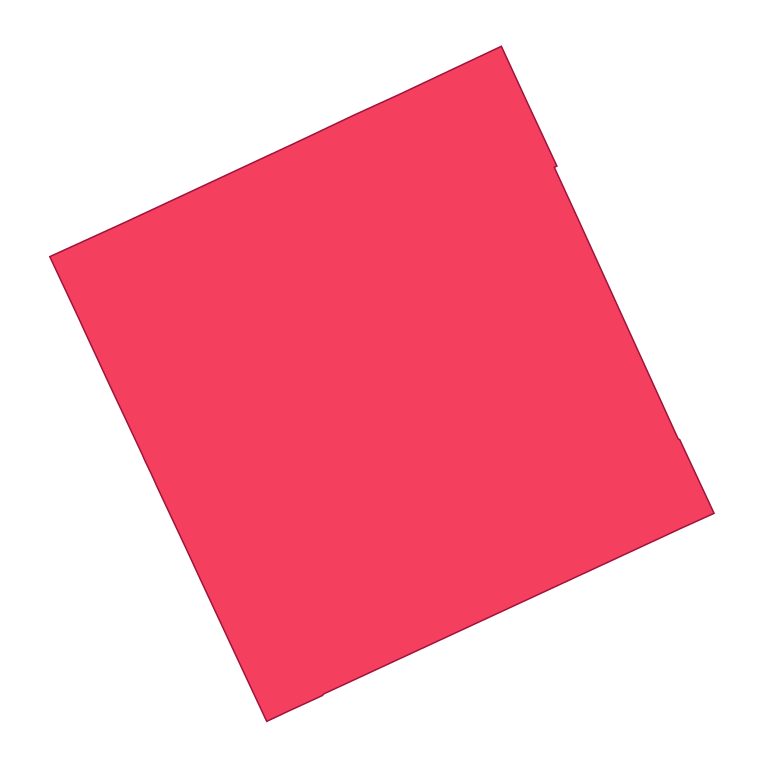 Cochise, Arizona, United States of America, rotated 155°
{"feature_id": "52423323B82502698650850", "entity_name": "Cochise", "entity_type": "district", "adm_level": 2, "iso_a3": "USA", "parent_name": "United States of America", "parent_adm1": "Arizona", "projection": "equal_earth", "projection_center": [-109.611, 31.88], "detail": "fine", "context": "isolated", "style": "filled", "palette": "rose", "viewbox_px": 768, "rotation_deg": 155, "n_neighbors": 0, "source": "geoboundaries", "source_scale": "gbopen_adm2", "svg_char_len": 555}
<svg xmlns="http://www.w3.org/2000/svg" viewBox="0 0 768 768"><g transform="rotate(155 384 384)"><path d="M138.4,453.3L138.1,508.4L135.2,508.4L135.2,576.5L134.9,640.5L247.8,640.0L297.3,640.4L357.6,640.0L552.4,640.0L633.1,640.7L632.9,571.3L633.0,562.2L633.1,497.8L632.9,422.7L633.1,416.0L632.9,400.6L633.0,392.3L633.1,387.9L632.9,320.9L632.9,314.1L633.0,287.9L633.0,285.5L632.9,127.8L609.5,127.9L571.5,127.7L569.5,128.6L238.3,127.8L175.5,127.7L139.5,127.3L139.5,208.5L140.6,210.2L138.4,453.3Z" fill="#f43f5e" stroke="#9f1239" stroke-width="1.5"/></g></svg>